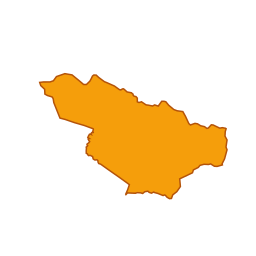 Ippy, Ouaka, Central African Republic (Natural Earth projection), rotated 305°
{"feature_id": "33826404B55816089636663", "entity_name": "Ippy", "entity_type": "district", "adm_level": 2, "iso_a3": "CAF", "parent_name": "Central African Republic", "parent_adm1": "Ouaka", "projection": "natural_earth1", "projection_center": [21.235, 6.7], "detail": "fine", "context": "isolated", "style": "filled", "palette": "amber", "viewbox_px": 256, "rotation_deg": 305, "n_neighbors": 0, "source": "geoboundaries", "source_scale": "gbopen_adm2", "svg_char_len": 2090}
<svg xmlns="http://www.w3.org/2000/svg" viewBox="0 0 256 256"><g transform="rotate(305 128 128)"><path d="M97.1,66.6L99.0,71.7L101.7,81.1L105.0,90.8L107.4,99.9L106.9,100.5L105.3,101.0L104.8,101.2L104.7,101.7L104.4,102.1L104.1,101.9L103.8,101.1L103.1,100.9L102.0,100.9L101.6,101.7L101.3,100.6L100.8,100.0L99.9,100.1L98.6,100.2L97.0,100.6L97.0,101.0L97.2,101.9L97.2,102.3L96.8,101.8L96.0,101.8L95.2,103.3L94.9,104.4L94.0,104.4L92.8,104.2L91.7,103.7L90.7,104.0L90.4,105.1L89.4,105.1L88.4,104.7L87.5,105.6L85.6,106.7L84.3,107.6L83.3,108.4L83.6,109.5L83.0,110.3L82.8,111.6L83.9,112.7L84.1,113.8L84.3,115.4L82.7,117.2L82.7,118.9L83.2,119.8L84.1,120.7L84.1,121.9L82.8,123.1L82.1,124.4L82.7,126.3L82.6,135.7L82.6,149.7L82.4,161.6L77.4,163.1L72.5,164.1L72.3,164.5L74.5,164.8L78.8,171.5L80.3,172.6L82.1,175.5L82.8,177.6L85.4,178.3L87.6,180.5L87.4,182.3L88.1,184.6L90.3,185.8L90.4,187.0L91.5,189.9L92.4,193.8L92.8,195.5L94.0,196.2L94.3,197.2L93.7,199.7L93.9,202.5L95.2,204.0L98.9,203.0L103.8,204.5L110.1,204.5L116.0,199.5L128.3,206.5L131.2,205.6L136.0,208.2L138.7,208.4L141.9,211.1L144.3,214.9L146.0,216.3L146.2,220.7L147.7,223.1L151.9,226.5L152.7,225.6L158.1,224.8L167.0,221.6L168.6,219.2L175.0,216.0L177.0,212.1L180.9,209.7L183.7,208.8L183.7,208.0L182.4,205.1L180.5,203.2L179.3,196.0L178.4,194.4L174.0,193.8L172.9,192.8L173.0,189.9L171.5,186.2L171.3,182.6L170.2,180.2L166.3,177.4L166.5,175.3L170.4,168.6L172.9,163.5L170.3,158.4L169.4,154.9L170.0,148.2L171.2,143.9L170.5,142.1L169.2,140.3L163.3,140.2L162.2,136.6L160.1,135.5L158.4,131.6L157.3,129.5L157.2,124.0L155.7,122.9L155.0,121.9L154.8,120.6L157.8,118.5L158.3,116.5L157.6,114.9L157.7,113.6L158.6,112.7L158.8,110.5L157.0,106.6L157.5,102.7L157.5,101.8L156.8,101.0L155.1,100.3L154.5,98.9L154.6,92.8L153.0,84.6L152.4,82.1L152.6,75.0L153.1,71.6L151.8,69.6L150.2,69.1L147.1,69.6L144.6,69.9L139.8,69.0L138.2,66.7L138.8,60.0L139.4,51.7L136.3,45.1L129.1,39.9L123.9,39.8L121.0,37.7L117.2,32.3L114.7,29.5L112.7,32.2L111.9,37.5L108.1,40.5L108.4,43.4L109.9,47.9L109.2,49.8L106.2,52.7L97.1,66.6Z" fill="#f59e0b" stroke="#b45309" stroke-width="1.5"/></g></svg>